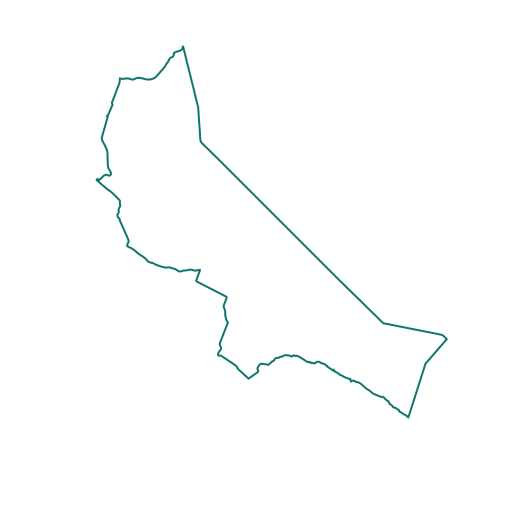 SVG path tracing the border of North-Eastern, rotated 315°
{"feature_id": "KEN-893", "entity_name": "North-Eastern", "entity_type": "Province", "adm_level": 1, "iso_a3": "KEN", "parent_name": "Kenya", "parent_adm1": "", "projection": "natural_earth1", "projection_center": [39.831, 1.103], "detail": "fine", "context": "isolated", "style": "outline", "palette": "teal", "viewbox_px": 512, "rotation_deg": 315, "n_neighbors": 0, "source": "natural_earth", "source_scale": "10m", "svg_char_len": 5225}
<svg xmlns="http://www.w3.org/2000/svg" viewBox="0 0 512 512"><g transform="rotate(315 256 256)"><path d="M285.4,34.3L286.8,36.4L290.4,39.2L291.9,41.2L292.9,43.3L293.5,44.0L294.6,44.7L297.5,45.8L298.4,46.5L300.0,48.1L303.9,54.4L306.6,56.8L309.5,58.2L312.6,58.6L318.8,58.2L325.5,57.7L328.5,56.8L330.1,56.7L334.9,55.3L335.9,55.4L337.5,56.1L338.4,56.3L339.2,56.1L341.8,54.4L344.6,55.5L347.3,57.1L350.0,57.7L352.9,55.8L347.9,64.1L342.8,72.5L337.8,80.9L332.8,89.2L329.7,94.4L326.5,99.5L323.4,104.7L320.3,109.9L315.4,115.5L310.4,121.2L305.5,126.9L300.5,132.5L298.5,134.9L297.6,136.8L297.6,140.5L297.7,149.5L297.8,158.9L297.8,164.1L297.8,171.5L297.8,178.9L297.8,186.3L297.8,193.7L297.8,202.5L297.8,211.2L297.8,219.9L297.8,228.6L297.8,237.3L297.8,246.0L297.8,247.2L297.8,254.7L297.8,263.4L297.8,272.1L297.8,280.8L297.8,289.5L297.8,298.2L297.8,306.9L297.8,315.7L297.8,324.4L297.8,333.1L297.9,338.8L297.9,343.5L298.0,348.2L298.1,355.8L298.2,363.3L298.2,370.9L298.3,378.4L298.4,383.4L298.4,388.3L298.5,393.6L300.0,395.9L301.6,398.1L303.1,400.4L304.6,402.7L307.6,407.2L310.7,411.8L314.0,416.8L316.8,420.9L319.7,425.3L322.8,429.9L325.9,434.5L328.9,439.0L331.2,442.5L331.9,444.0L332.1,445.3L332.0,449.7L299.9,452.0L299.5,452.1L252.9,476.2L249.6,477.7L249.4,476.4L249.4,475.9L249.6,475.2L249.3,474.2L248.5,472.1L247.8,468.3L247.3,467.3L247.5,467.1L247.9,466.5L248.1,466.3L247.8,465.4L247.3,462.1L247.0,461.6L246.4,460.8L246.1,460.1L246.0,459.6L246.4,458.8L246.4,458.3L246.0,455.2L246.1,454.0L246.2,453.7L246.5,453.5L246.7,453.1L246.9,452.5L246.4,450.6L246.3,446.2L245.9,445.1L245.0,444.2L244.5,443.4L242.0,437.4L241.7,436.8L241.5,436.0L241.1,431.5L240.5,429.1L240.1,426.4L239.8,420.5L239.1,417.8L237.8,416.0L237.5,414.5L236.9,413.1L235.8,412.1L234.5,411.9L234.9,410.7L235.3,410.1L235.7,409.6L234.9,408.6L232.7,403.6L232.3,401.6L232.0,400.5L231.2,399.0L231.2,397.6L231.2,397.1L230.3,394.0L230.0,393.3L230.2,392.8L230.3,392.4L230.4,391.3L230.0,391.3L229.5,391.4L229.3,390.7L229.1,388.5L228.4,386.2L228.2,385.2L228.7,384.2L228.2,383.6L228.1,382.4L228.2,381.4L228.1,380.9L226.3,377.8L226.2,376.5L225.9,375.6L225.3,374.8L224.6,374.2L223.6,373.7L222.0,373.6L221.3,373.2L221.1,372.8L219.6,370.7L219.2,370.6L219.2,369.6L219.0,368.8L218.5,368.2L217.8,368.0L217.4,367.0L215.1,357.0L214.3,355.3L213.2,354.6L213.1,354.4L212.4,353.1L212.2,352.7L211.7,352.5L210.8,352.6L210.1,352.3L209.4,350.3L209.1,349.7L208.3,349.1L207.7,347.9L206.9,347.1L206.0,346.5L205.2,346.0L203.0,345.5L202.7,345.3L202.5,345.0L202.2,344.6L201.7,344.3L199.9,344.0L199.2,343.4L198.7,342.8L197.7,342.2L196.4,342.1L195.3,342.5L194.1,342.6L193.0,342.0L187.9,341.8L184.7,337.2L184.0,336.5L183.7,336.4L183.5,336.0L183.2,335.7L182.7,335.5L180.8,335.5L178.9,335.9L178.0,336.3L177.3,336.7L176.9,337.5L176.5,338.4L176.0,339.1L175.3,339.4L164.0,337.4L163.4,323.0L163.5,322.5L164.0,321.5L164.1,321.0L164.2,320.5L164.0,317.9L160.8,301.7L160.7,301.5L160.5,301.3L159.4,300.4L159.2,300.1L159.1,299.8L159.1,299.4L159.4,298.9L159.6,298.7L159.8,298.5L160.9,297.9L161.1,297.8L161.5,297.7L165.2,297.1L165.5,297.0L165.7,296.8L166.0,296.6L166.2,296.4L167.0,294.9L167.8,293.0L167.9,292.7L168.1,292.5L168.4,292.3L168.8,292.1L188.8,283.3L189.1,283.0L189.2,282.7L189.4,281.7L189.5,281.1L190.2,279.6L191.9,276.8L192.7,275.7L194.1,274.5L194.7,273.8L195.5,272.7L197.4,268.8L197.6,268.6L197.8,268.4L204.9,265.2L205.6,264.8L206.1,264.3L206.2,263.8L206.1,263.3L196.1,232.4L196.0,231.7L196.3,231.2L197.0,230.8L206.4,226.4L206.5,226.2L206.4,226.1L206.2,225.9L205.1,225.3L204.9,225.1L204.7,224.9L204.3,224.4L204.0,224.2L203.4,224.0L203.1,223.8L202.9,223.6L201.5,221.8L201.2,221.2L201.1,220.9L201.0,220.6L200.6,220.0L200.2,219.5L199.8,219.0L196.1,216.6L195.7,216.2L194.8,215.3L194.6,215.1L193.7,214.6L192.3,214.0L192.0,213.8L191.7,213.6L190.9,212.6L190.7,212.4L190.6,212.1L190.4,211.8L189.8,208.6L189.3,207.3L188.9,206.8L188.3,206.0L188.1,205.7L188.0,205.4L187.5,204.1L186.8,203.0L186.6,202.7L185.7,201.8L183.8,200.2L183.4,199.7L180.9,195.3L179.0,191.2L178.2,188.3L177.9,187.7L177.5,187.2L177.3,187.0L177.1,186.8L176.9,186.5L176.6,185.4L176.4,185.1L176.3,184.8L175.9,184.3L175.8,183.6L175.8,182.5L176.0,180.3L175.9,178.6L175.8,178.2L175.5,175.7L175.4,175.3L175.1,174.6L174.4,170.4L174.2,166.5L173.4,162.2L172.5,160.2L172.2,159.1L172.0,158.7L172.0,158.4L172.2,158.2L172.2,157.7L172.4,157.3L173.1,156.9L176.3,155.7L177.5,153.6L185.0,134.2L185.4,133.9L185.7,133.6L185.8,132.2L185.8,131.2L185.9,130.7L186.1,130.2L186.5,129.6L186.8,129.2L187.2,129.0L187.7,128.7L189.3,128.2L189.9,128.0L190.2,127.8L190.4,127.6L191.3,126.4L191.7,126.0L192.3,125.7L195.4,124.6L195.9,124.2L196.2,123.8L196.9,122.6L197.2,122.2L198.5,121.2L198.7,120.9L198.9,120.3L199.0,119.2L199.0,109.9L198.6,106.0L198.0,103.6L197.1,90.7L197.1,89.6L197.5,89.3L198.3,89.4L198.6,90.1L198.0,91.4L205.5,91.6L207.4,92.4L207.9,93.2L208.2,94.1L208.7,95.0L209.6,95.8L211.6,95.6L212.6,93.8L213.9,89.2L215.5,87.0L219.4,82.8L224.1,77.8L225.3,76.1L226.3,73.9L228.0,68.8L229.1,65.2L230.4,63.4L235.5,60.5L240.7,57.7L246.5,54.4L249.3,52.8L249.5,52.4L249.5,52.0L249.5,51.7L250.1,51.8L250.3,51.9L250.5,52.0L250.6,51.9L256.7,49.5L261.5,47.6L261.8,47.2L262.2,46.1L262.5,45.7L270.3,42.3L276.6,39.4L281.6,37.2L285.4,34.3Z" fill="none" stroke="#0f766e" stroke-width="2"/></g></svg>